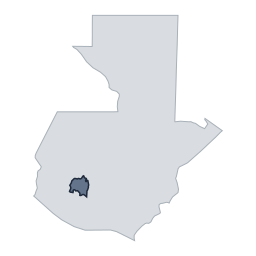 location of Sololá within Guatemala
{"feature_id": "GTM-1954", "entity_name": "Sololá", "entity_type": "Department", "adm_level": 1, "iso_a3": "GTM", "parent_name": "Guatemala", "parent_adm1": "", "projection": "natural_earth1", "projection_center": [-91.246, 14.721], "detail": "fine", "context": "in_parent", "style": "filled", "palette": "slate", "viewbox_px": 256, "rotation_deg": 0, "n_neighbors": 0, "source": "natural_earth", "source_scale": "10m", "svg_char_len": 2651}
<svg xmlns="http://www.w3.org/2000/svg" viewBox="0 0 256 256"><path d="M33.7,196.0L35.0,194.6L36.0,191.3L37.3,188.0L36.5,184.1L36.1,180.9L37.5,176.4L37.4,172.9L38.1,170.8L40.2,169.4L41.3,166.8L35.2,157.8L35.2,155.7L36.1,153.2L41.0,143.6L46.9,132.1L53.4,119.4L57.3,111.8L71.5,111.8L80.9,111.8L92.9,111.8L105.9,111.8L114.4,111.8L117.9,111.7L117.3,106.7L117.7,101.3L119.3,96.3L119.3,94.1L116.7,91.4L111.8,89.9L109.1,87.5L109.1,84.5L107.9,80.9L105.5,76.6L100.5,72.2L93.0,67.8L86.6,61.8L81.4,54.3L76.9,49.4L73.5,47.4L72.7,46.3L82.7,46.4L92.2,46.5L92.3,35.7L92.3,26.2L92.4,15.4L109.6,15.4L130.1,15.4L151.5,15.4L168.2,15.4L178.0,15.4L177.6,28.9L177.2,44.4L176.8,55.8L176.3,71.0L175.9,86.6L175.2,107.8L174.8,121.5L175.0,121.8L180.6,121.2L188.9,121.8L190.9,121.7L193.5,122.9L195.4,123.3L199.7,126.4L204.6,128.7L207.8,124.0L206.1,121.2L204.8,119.7L205.0,118.4L222.3,130.7L220.2,132.5L215.9,136.9L208.0,144.3L200.9,151.0L194.0,157.1L187.9,162.5L187.2,163.0L179.4,166.9L178.1,168.7L176.4,176.4L175.6,178.3L177.1,182.6L178.5,189.2L178.0,192.6L172.6,196.9L170.2,200.7L169.1,203.1L168.1,202.5L166.4,202.3L162.6,203.3L160.7,203.5L159.1,204.6L159.0,206.9L160.0,210.8L160.4,212.8L159.3,213.7L154.6,216.0L152.7,218.3L150.9,221.9L148.8,223.3L146.6,223.1L145.1,223.6L141.8,226.2L136.8,231.4L134.2,235.2L134.1,238.1L134.6,240.6L116.5,231.6L110.5,230.0L85.1,230.2L74.1,226.6L61.7,219.8L53.3,213.5L33.7,196.0Z" fill="#d9dde1" stroke="#a8b0b8" stroke-width="1"/><path d="M87.8,180.5L87.9,180.9L88.7,185.0L88.4,186.1L88.3,186.3L88.4,187.4L87.5,190.1L87.1,190.7L86.9,191.2L86.9,192.4L86.6,196.8L84.7,195.2L84.1,194.8L83.6,194.6L83.4,194.5L82.9,194.5L82.5,194.6L81.1,195.4L80.1,195.5L79.8,195.3L79.8,195.2L79.9,194.4L79.9,194.2L79.9,193.7L79.8,193.3L79.7,193.0L79.5,192.7L78.2,191.4L77.7,190.8L77.5,190.7L77.4,190.7L76.8,190.8L75.8,190.9L75.7,190.9L75.2,190.2L74.5,189.8L74.1,189.7L73.8,189.9L73.7,190.0L73.4,190.1L73.3,190.3L73.2,190.4L73.2,190.6L73.2,190.8L73.2,191.5L73.2,191.9L72.9,192.6L72.3,192.4L70.2,192.1L69.5,191.3L70.6,188.9L70.8,188.1L70.8,187.9L70.8,187.6L70.2,185.9L70.0,185.6L69.8,185.3L71.2,183.1L71.8,181.0L71.9,180.8L74.1,178.7L74.5,178.5L75.1,178.5L76.1,178.6L76.6,178.8L76.8,178.9L77.2,179.0L78.2,178.5L78.8,178.5L79.1,178.6L79.9,178.8L80.0,178.9L80.3,178.9L80.6,178.8L81.1,178.6L81.8,177.9L82.4,176.9L83.3,175.8L83.9,176.1L84.1,176.9L84.6,177.8L84.9,178.0L85.0,178.1L85.3,178.1L85.6,178.2L86.1,178.4L86.3,178.6L86.4,178.8L86.3,179.2L86.1,179.4L85.7,179.9L85.7,180.0L85.6,180.5L85.7,181.1L85.8,181.4L85.9,181.5L86.1,181.6L86.3,181.5L86.4,181.4L86.5,181.3L86.6,181.2L86.8,180.3L87.0,180.2L87.8,180.5Z" fill="#64748b" stroke="#1e293b" stroke-width="1.5"/></svg>